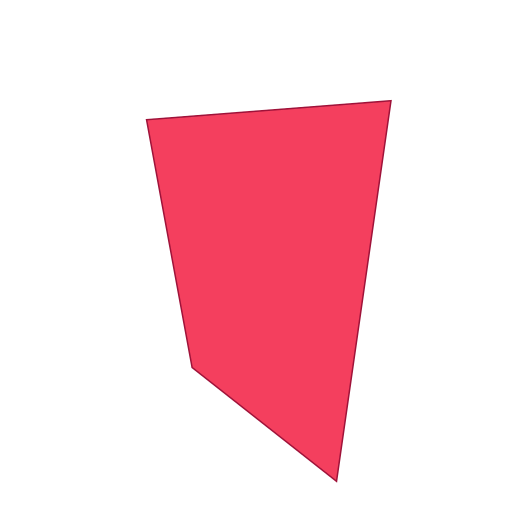 outline of Jarvis Island, rotated 108°
{"feature_id": "UMI-5173", "entity_name": "Jarvis Island", "entity_type": "state/province", "adm_level": 1, "iso_a3": "UMI", "parent_name": "United States Minor Outlying Islands", "parent_adm1": "", "projection": "albers", "projection_center": [-160.021, -0.381], "detail": "fine", "context": "isolated", "style": "filled", "palette": "rose", "viewbox_px": 512, "rotation_deg": 108, "n_neighbors": 0, "source": "natural_earth", "source_scale": "10m", "svg_char_len": 229}
<svg xmlns="http://www.w3.org/2000/svg" viewBox="0 0 512 512"><g transform="rotate(108 256 256)"><path d="M66.6,175.6L445.4,109.8L381.8,282.3L160.2,402.2L66.6,175.6Z" fill="#f43f5e" stroke="#9f1239" stroke-width="1.5"/></g></svg>